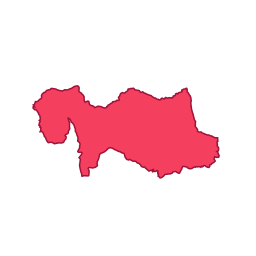 outline of Chapada Gaúcha, Minas Gerais, Brazil, rotated 304°
{"feature_id": "56859067B64752676295084", "entity_name": "Chapada Gaúcha", "entity_type": "district", "adm_level": 2, "iso_a3": "BRA", "parent_name": "Brazil", "parent_adm1": "Minas Gerais", "projection": "robinson", "projection_center": [-45.487, -15.459], "detail": "fine", "context": "isolated", "style": "filled", "palette": "rose", "viewbox_px": 256, "rotation_deg": 304, "n_neighbors": 0, "source": "geoboundaries", "source_scale": "gbopen_adm2", "svg_char_len": 5857}
<svg xmlns="http://www.w3.org/2000/svg" viewBox="0 0 256 256"><g transform="rotate(304 128 128)"><path d="M75.8,57.2L76.8,58.5L76.9,59.1L76.4,60.6L75.4,61.8L74.8,62.9L74.3,63.2L73.9,64.8L73.5,65.7L72.7,66.6L71.7,68.5L71.3,69.8L71.5,70.5L72.7,71.5L73.6,73.2L73.8,75.8L76.0,78.0L76.6,78.4L78.5,81.4L79.9,82.5L80.5,82.6L82.5,82.2L83.7,82.6L85.1,82.2L85.8,81.9L86.3,81.4L86.3,80.5L86.6,80.0L87.8,80.0L88.4,80.5L89.8,81.2L90.6,81.2L92.0,80.4L94.8,80.1L96.1,79.0L100.0,76.3L101.8,73.6L102.8,72.9L103.0,73.5L102.8,74.9L102.5,75.8L101.2,77.6L101.1,79.3L100.2,81.6L98.5,83.7L98.2,84.4L97.3,85.2L95.9,86.1L94.9,88.2L93.9,89.2L92.1,91.9L91.5,92.4L89.9,93.1L89.0,93.7L88.9,95.4L88.5,96.4L87.9,97.1L87.2,97.6L86.0,98.0L84.5,99.0L81.2,99.3L80.3,99.6L80.2,100.3L80.5,101.0L81.6,102.7L81.8,103.4L81.4,104.0L80.6,104.2L79.7,104.2L76.0,104.0L75.8,105.3L75.6,105.9L71.9,107.8L70.5,108.4L69.7,108.9L67.2,111.4L64.8,114.1L64.4,114.8L62.3,116.7L62.7,117.3L63.8,118.1L64.1,118.6L65.7,121.3L66.2,121.9L66.8,122.0L70.0,120.2L70.7,119.7L71.8,118.1L72.3,117.6L72.9,117.5L73.4,117.8L73.9,118.5L75.2,121.2L77.1,122.8L78.6,123.5L79.9,123.6L81.1,122.3L82.5,121.5L86.2,120.8L90.3,119.3L91.1,119.3L91.8,119.8L92.3,120.0L92.9,120.5L94.9,121.7L97.2,122.5L100.0,123.0L101.9,124.4L102.6,126.7L102.6,129.1L102.9,129.7L103.2,132.5L103.6,134.2L104.0,135.0L103.9,135.8L104.1,137.3L104.5,138.1L104.6,139.0L104.3,139.6L102.2,141.9L101.7,143.5L101.3,144.1L101.3,144.7L101.9,146.5L102.6,146.6L102.9,147.3L103.2,149.4L103.1,150.3L104.7,153.0L104.2,155.1L104.6,156.5L104.7,157.4L104.4,159.0L103.6,160.6L104.0,162.6L104.9,163.4L104.9,164.3L104.4,165.0L104.5,165.7L104.0,169.1L104.5,170.0L105.3,170.2L105.8,170.7L106.0,171.3L105.8,172.5L105.5,173.0L106.1,173.3L107.0,173.2L106.7,174.1L107.2,174.9L107.9,175.5L109.0,175.8L109.1,176.7L107.9,177.6L107.4,177.7L106.9,178.1L107.0,178.9L106.1,179.1L105.7,179.5L104.9,179.9L105.2,180.5L105.0,181.2L104.5,181.9L104.8,182.8L105.4,183.4L107.9,184.4L109.5,184.5L110.2,184.7L112.9,187.7L113.6,188.7L114.8,189.6L115.4,189.9L116.9,189.9L118.5,191.7L118.7,192.3L118.6,194.0L119.0,195.7L119.8,196.0L121.4,195.6L121.9,195.7L124.3,195.4L126.4,194.8L127.0,195.3L128.5,198.3L128.3,200.3L128.4,200.9L128.8,202.1L129.9,203.4L132.6,204.7L133.1,205.2L133.2,206.0L134.1,206.2L134.6,207.0L134.9,207.8L135.5,208.3L136.0,209.2L136.1,210.3L137.3,210.4L137.4,211.4L138.4,211.8L139.2,211.8L139.6,212.4L139.9,213.3L139.7,214.4L139.9,215.7L140.6,217.2L141.9,217.2L143.1,216.5L143.7,216.8L144.3,217.4L144.8,217.3L145.5,217.4L147.4,218.4L149.4,218.8L150.1,217.5L150.3,216.7L151.2,216.3L152.6,216.0L152.9,217.5L154.4,219.4L155.0,219.5L155.6,219.0L156.3,218.8L157.0,217.3L157.6,216.7L158.1,215.7L158.2,214.8L159.3,215.6L159.9,215.6L160.5,215.1L161.4,214.9L162.4,213.9L162.7,213.3L162.6,212.7L163.6,211.5L164.3,211.4L165.4,210.2L166.0,209.9L166.6,209.6L167.1,209.9L167.4,209.4L168.1,209.3L169.3,208.2L170.0,207.8L169.5,207.2L169.2,206.4L168.7,205.9L168.4,205.3L168.4,203.9L168.1,203.0L168.3,202.1L167.6,200.8L167.6,199.8L167.3,198.8L166.4,197.2L166.2,195.8L165.9,195.1L165.9,194.2L165.4,192.4L165.6,190.8L165.2,190.2L164.6,189.7L164.3,188.9L164.1,188.0L164.2,187.3L165.6,186.6L166.9,183.1L167.4,182.4L169.0,181.7L169.5,181.1L171.1,180.5L171.9,178.6L173.0,177.3L176.1,173.9L177.0,172.6L179.3,170.0L183.3,166.5L184.3,165.8L185.8,165.3L188.4,163.0L189.6,161.2L189.8,160.4L190.4,159.0L190.8,158.4L191.1,156.9L191.4,156.4L192.6,155.9L193.4,155.0L193.7,154.4L193.3,153.9L192.1,153.4L191.1,152.2L190.2,151.9L189.5,151.4L188.8,151.9L188.4,152.4L187.8,152.2L185.5,150.2L184.8,150.4L184.1,150.1L184.1,149.4L183.8,148.9L183.3,148.6L182.7,148.4L182.0,148.9L181.2,149.0L180.2,147.9L179.6,147.6L178.2,148.2L177.7,147.7L177.5,147.1L176.6,146.4L176.5,145.7L175.4,144.4L174.9,144.1L174.5,143.3L174.5,142.3L173.9,141.9L173.3,142.1L172.6,142.0L171.9,140.7L171.9,139.6L170.9,139.0L170.1,139.3L169.2,138.7L168.7,138.0L168.8,137.1L168.2,136.5L168.0,135.7L168.2,134.6L168.1,133.7L167.6,133.1L167.6,130.0L167.8,129.4L167.7,128.6L166.9,126.5L166.9,125.8L166.5,124.2L166.4,122.6L165.9,122.1L166.2,120.7L166.2,119.9L165.8,119.5L165.2,119.3L164.7,118.9L164.6,118.0L165.3,116.6L165.1,115.8L164.7,115.2L164.5,114.5L163.8,113.2L163.6,112.5L164.1,110.5L163.7,109.9L162.7,108.9L162.4,108.2L161.2,107.4L160.7,106.6L160.0,106.3L159.5,106.9L158.0,106.7L156.6,106.0L155.0,105.7L154.6,105.0L154.4,104.2L154.1,103.4L152.5,102.7L151.2,102.8L149.6,103.3L148.2,102.9L147.6,103.4L146.7,104.9L145.9,105.0L145.3,104.5L144.9,103.3L142.8,102.6L142.2,101.6L141.1,100.6L140.4,100.8L139.6,100.6L139.1,100.2L138.3,99.8L137.0,99.6L135.9,98.7L135.4,98.9L134.6,98.9L134.0,98.4L133.6,98.8L132.9,98.6L132.1,98.2L131.4,97.2L131.0,95.9L130.7,93.8L129.5,91.3L129.0,90.6L128.2,90.3L126.3,89.0L126.6,88.1L126.7,86.2L126.2,85.5L125.9,83.1L126.3,82.5L127.9,81.0L128.1,80.3L127.8,79.6L127.4,79.2L125.7,78.3L125.4,77.8L125.7,77.2L127.5,75.3L128.9,74.5L129.4,74.0L130.2,72.5L130.3,71.2L130.8,70.0L130.8,67.4L131.0,66.7L131.5,66.3L132.3,66.1L134.2,64.8L134.7,64.0L134.8,62.8L133.3,61.0L132.4,60.3L128.9,58.8L127.8,57.8L125.9,56.7L125.4,56.1L124.5,54.3L121.9,52.9L120.6,49.7L120.0,47.5L120.0,46.6L118.6,43.5L118.0,42.3L117.4,42.1L116.7,42.0L116.2,41.7L113.5,39.4L111.8,39.5L111.1,39.2L110.7,38.5L108.8,38.0L108.0,37.9L106.7,38.1L106.0,38.4L105.7,38.9L105.1,39.3L104.4,39.5L103.8,39.4L102.2,38.7L99.8,38.3L98.5,37.3L98.2,36.5L96.5,36.9L95.4,37.3L94.9,37.3L94.1,36.6L93.8,37.5L93.3,38.6L93.0,37.5L92.3,37.6L91.5,38.1L91.1,39.5L91.0,40.6L91.6,41.8L91.6,42.6L90.8,43.8L90.8,44.5L90.7,45.1L90.0,45.5L89.5,46.3L89.2,47.1L88.5,48.6L87.5,49.2L86.8,50.1L86.1,50.5L84.7,50.2L84.8,51.1L84.1,51.7L83.3,51.4L81.5,52.3L80.7,52.4L80.3,52.9L80.6,53.4L80.5,54.1L79.9,54.2L79.4,54.5L79.6,55.6L79.1,56.0L78.5,56.1L78.0,56.6L76.9,57.1L75.8,57.2ZM107.0,173.2L107.0,172.4L107.3,171.8L107.8,172.1L107.5,172.8L107.0,173.2Z" fill="#f43f5e" stroke="#9f1239" stroke-width="1.5"/></g></svg>